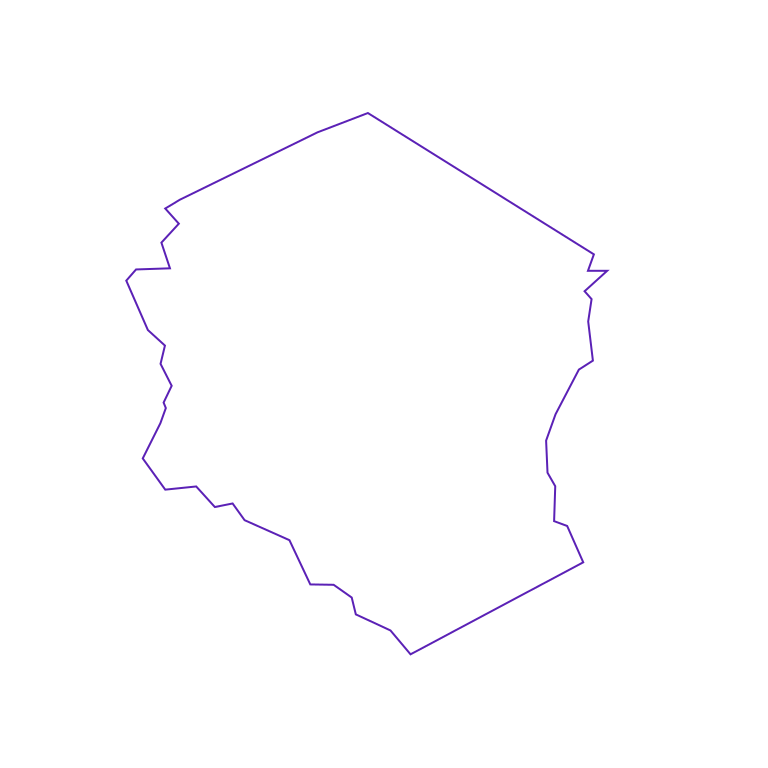 Dinwiddie, Virginia, United States of America, rotated 245°
{"feature_id": "52423323B1471868518532", "entity_name": "Dinwiddie", "entity_type": "district", "adm_level": 2, "iso_a3": "USA", "parent_name": "United States of America", "parent_adm1": "Virginia", "projection": "natural_earth1", "projection_center": [-77.642, 37.072], "detail": "fine", "context": "isolated", "style": "outline", "palette": "violet", "viewbox_px": 768, "rotation_deg": 245, "n_neighbors": 0, "source": "geoboundaries", "source_scale": "gbopen_adm2", "svg_char_len": 706}
<svg xmlns="http://www.w3.org/2000/svg" viewBox="0 0 768 768"><g transform="rotate(245 384 384)"><path d="M586.6,194.1L532.7,192.8L511.4,201.7L496.7,190.0L472.1,190.8L460.3,176.4L454.4,176.1L443.0,164.8L418.5,133.9L380.7,141.1L370.5,170.5L344.0,178.7L339.7,196.3L319.5,200.1L282.4,232.3L233.5,232.5L223.3,253.5L204.1,264.5L187.1,261.1L157.9,285.7L127.8,293.8L138.2,489.2L177.9,490.0L187.8,480.2L219.0,496.0L234.5,494.7L264.2,507.0L284.1,526.7L314.7,566.7L316.9,583.2L354.4,595.5L373.2,608.0L383.3,605.0L392.3,634.1L400.4,616.7L412.8,629.0L636.4,483.9L640.2,430.1L637.3,276.9L635.5,259.9L616.0,265.8L606.2,242.0L579.3,238.9L592.6,207.7L586.6,194.1Z" fill="none" stroke="#5b21b6" stroke-width="2"/></g></svg>